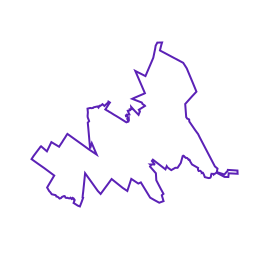 the district of Cerritos, San Luis Potosí, Mexico, rotated 170°
{"feature_id": "50627088B46085416470033", "entity_name": "Cerritos", "entity_type": "district", "adm_level": 2, "iso_a3": "MEX", "parent_name": "Mexico", "parent_adm1": "San Luis Potosí", "projection": "equal_earth", "projection_center": [-100.272, 22.419], "detail": "fine", "context": "isolated", "style": "outline", "palette": "violet", "viewbox_px": 256, "rotation_deg": 170, "n_neighbors": 0, "source": "geoboundaries", "source_scale": "gbopen_adm2", "svg_char_len": 4342}
<svg xmlns="http://www.w3.org/2000/svg" viewBox="0 0 256 256"><g transform="rotate(170 128 128)"><path d="M219.4,122.9L219.9,122.4L222.6,119.9L225.8,116.9L228.4,114.1L222.5,108.1L217.5,103.1L208.9,94.0L216.4,85.3L218.0,83.4L217.5,82.1L216.6,79.6L215.7,78.3L214.6,76.0L211.1,74.5L210.7,74.0L210.4,72.9L209.6,72.7L208.5,71.7L207.9,70.7L207.6,70.4L206.2,70.6L204.9,71.6L202.7,72.1L202.1,71.8L201.6,70.2L200.7,69.8L199.8,69.8L198.9,69.2L197.6,68.8L196.7,69.3L196.4,68.9L195.9,68.0L194.9,68.7L194.5,67.9L194.1,68.1L194.0,67.8L193.8,67.2L193.5,67.4L193.0,66.3L193.9,64.8L194.6,63.6L193.7,62.8L192.7,61.9L191.3,60.6L190.7,60.1L189.0,59.1L186.7,62.9L184.3,67.1L184.8,67.5L184.5,68.6L184.0,70.4L183.1,73.3L180.6,82.1L178.1,90.9L172.8,79.9L168.7,71.3L166.4,67.8L161.7,72.3L158.1,75.7L153.0,80.6L143.6,69.9L139.6,66.1L133.6,77.3L127.5,71.5L124.8,72.2L124.1,70.4L123.4,68.6L118.3,55.6L114.6,52.5L110.2,49.0L105.7,49.8L106.4,55.9L104.5,57.0L106.4,62.7L109.2,71.6L108.6,76.7L108.4,78.6L113.0,86.2L111.7,87.5L112.3,88.2L108.5,87.5L108.2,87.9L108.9,89.1L110.2,91.4L109.0,92.5L98.3,80.8L96.5,83.7L96.1,82.7L95.8,82.2L92.7,79.0L88.3,80.6L86.1,80.2L82.1,84.4L79.1,90.7L78.9,90.7L78.7,90.9L78.5,91.1L78.4,91.1L78.2,91.1L77.9,90.8L77.8,90.7L77.6,90.5L77.5,90.3L77.4,90.1L77.4,89.8L77.3,89.7L77.2,89.6L77.0,89.4L76.8,89.3L76.7,89.2L76.5,88.7L76.4,88.6L76.2,88.5L75.8,88.5L75.4,88.4L75.2,88.3L74.9,88.1L74.8,87.9L74.7,87.8L74.6,87.6L74.5,87.3L74.0,86.9L74.0,86.7L73.9,86.4L73.8,86.1L73.7,86.0L73.6,85.9L73.4,85.8L73.2,85.8L72.9,85.9L72.8,85.7L72.8,85.4L72.8,85.2L72.7,85.0L72.6,84.8L72.6,84.6L72.6,84.3L71.3,81.0L67.5,77.8L65.9,76.5L66.0,76.2L66.2,75.9L66.2,75.7L66.2,75.4L66.2,75.2L66.3,75.0L66.3,74.9L66.3,74.7L66.2,74.5L66.2,74.3L66.1,74.0L66.0,73.8L66.0,73.7L65.9,73.6L65.7,73.5L65.7,73.4L65.4,73.4L65.2,73.4L64.8,73.3L64.5,73.3L64.4,73.3L64.3,73.2L64.2,73.2L63.9,72.9L63.8,72.5L63.6,72.3L63.2,71.7L62.8,71.2L62.7,71.2L62.4,71.1L62.4,70.9L62.5,70.8L62.4,70.8L62.1,70.6L61.9,70.6L61.6,69.6L61.3,68.7L60.9,66.3L57.4,64.7L56.5,64.6L55.5,64.8L54.8,65.7L54.2,67.6L53.9,67.8L53.7,68.4L51.1,67.8L51.2,67.5L48.6,68.7L41.5,63.1L37.7,62.3L36.7,65.9L28.0,63.9L27.6,67.1L36.9,69.4L37.1,68.7L41.2,65.5L48.2,69.2L46.9,72.5L49.1,75.1L58.9,106.0L60.1,110.1L60.4,110.6L62.1,114.0L65.0,120.4L66.5,123.7L66.3,125.7L66.4,125.9L68.1,127.0L68.2,127.3L68.8,128.6L67.6,140.6L67.5,141.7L59.5,148.0L54.3,151.9L54.9,154.7L56.4,161.5L58.5,170.8L59.8,176.6L61.9,181.6L62.3,182.6L83.1,198.8L80.7,204.2L79.6,206.3L84.3,207.0L86.5,204.2L87.5,201.3L90.9,192.8L92.7,190.0L101.8,176.1L110.9,182.9L105.3,159.3L106.3,159.0L116.5,156.6L118.8,156.0L110.7,151.1L110.1,150.8L110.0,150.6L109.9,150.3L109.7,149.9L109.6,149.2L108.9,148.5L107.7,147.3L107.6,147.2L107.4,146.8L114.1,144.1L114.0,143.9L113.9,143.6L113.8,143.4L113.7,143.2L113.8,143.0L113.7,142.9L113.7,142.7L113.4,142.4L113.4,142.2L113.7,141.7L114.1,141.1L114.4,140.7L114.5,140.5L114.6,140.3L114.9,139.9L115.0,139.7L115.1,139.4L115.3,139.1L118.6,144.0L121.2,148.2L121.4,145.9L123.0,146.1L123.0,145.3L123.4,145.3L123.5,145.0L125.2,145.0L124.8,143.0L124.3,141.1L124.9,141.1L125.9,141.1L127.0,141.1L127.9,140.8L127.9,139.9L127.2,139.8L127.0,140.4L126.9,140.2L127.0,140.1L126.2,137.5L125.5,138.0L125.7,136.0L127.0,136.5L126.5,134.4L126.8,134.3L126.8,134.2L128.6,133.9L128.7,134.0L129.6,134.7L130.3,135.4L134.6,139.3L136.9,141.3L137.1,141.5L139.6,143.6L141.0,144.9L141.9,145.7L142.4,146.2L142.6,146.4L142.9,146.6L143.3,146.8L144.8,148.3L145.3,148.6L147.1,150.2L146.1,151.2L145.3,152.1L144.5,152.9L142.9,154.7L141.4,156.2L142.7,157.4L143.1,156.6L144.2,155.9L145.3,155.2L146.3,154.5L147.4,153.8L147.9,154.5L149.0,155.9L149.9,155.3L150.2,155.1L150.6,155.0L151.0,154.9L151.5,154.9L151.7,154.6L152.0,154.8L152.4,154.5L153.2,153.6L153.5,153.2L153.9,153.8L153.8,154.0L153.6,154.2L153.9,154.3L153.9,154.5L154.8,154.5L155.4,154.5L158.3,154.3L158.6,154.2L158.8,154.0L159.0,153.8L160.9,153.9L161.2,154.1L161.7,154.3L164.5,154.1L164.8,150.4L165.5,147.6L165.7,146.9L165.8,145.6L165.8,145.4L165.1,141.5L166.7,140.2L167.1,135.1L168.9,114.4L166.3,119.3L163.5,107.3L170.3,113.8L175.9,119.6L180.7,124.5L180.9,124.7L188.7,132.7L189.9,131.5L191.3,129.9L192.1,129.0L192.8,128.3L194.1,126.9L195.3,125.5L196.3,124.5L198.1,122.6L199.1,121.5L205.9,127.4L211.9,119.1L216.8,125.1L217.6,124.6L219.1,123.1L219.4,122.9Z" fill="none" stroke="#5b21b6" stroke-width="2"/></g></svg>